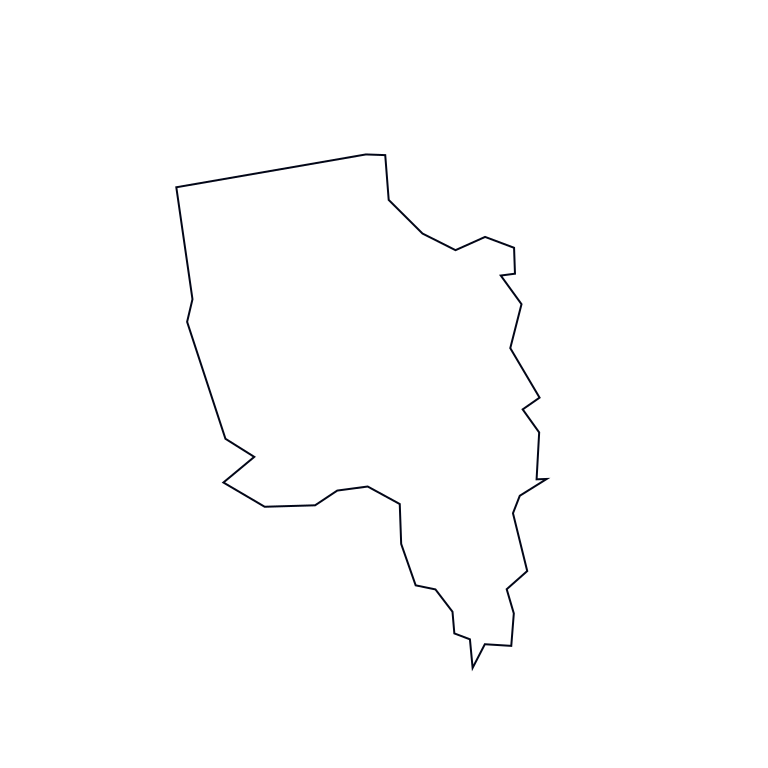 outline of Wolfe, Kentucky, United States of America, rotated 51°
{"feature_id": "52423323B59617184905831", "entity_name": "Wolfe", "entity_type": "district", "adm_level": 2, "iso_a3": "USA", "parent_name": "United States of America", "parent_adm1": "Kentucky", "projection": "mercator", "projection_center": [-83.426, 37.741], "detail": "fine", "context": "isolated", "style": "outline", "palette": "ink", "viewbox_px": 768, "rotation_deg": 51, "n_neighbors": 0, "source": "geoboundaries", "source_scale": "gbopen_adm2", "svg_char_len": 669}
<svg xmlns="http://www.w3.org/2000/svg" viewBox="0 0 768 768"><g transform="rotate(51 384 384)"><path d="M194.2,253.6L100.4,421.6L197.6,479.5L211.8,497.9L326.8,541.7L359.0,530.7L359.5,570.8L404.3,554.0L434.9,513.9L437.4,487.4L453.4,461.2L487.2,447.3L519.1,471.3L560.4,486.1L576.0,473.3L604.1,474.1L622.1,486.3L636.5,477.9L660.4,493.8L649.7,469.4L667.6,449.9L644.0,427.5L620.7,417.8L619.5,390.4L565.6,365.1L556.3,348.8L560.2,317.3L554.1,325.4L519.3,293.9L491.0,292.2L492.5,271.7L435.6,263.3L408.5,226.9L373.2,225.0L380.7,212.8L360.0,197.2L333.3,212.9L325.0,244.2L291.3,259.4L243.9,264.5L206.9,239.0L194.2,253.6Z" fill="none" stroke="#020617" stroke-width="2"/></g></svg>